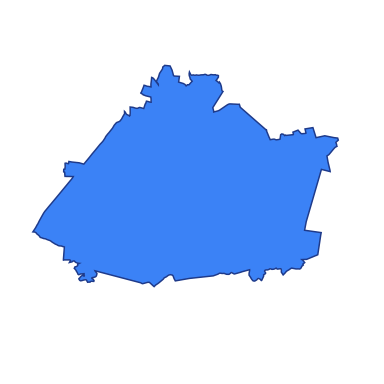 Damascus, Damascus, Syria, rotated 198°
{"feature_id": "27442178B22471987034404", "entity_name": "Damascus", "entity_type": "district", "adm_level": 2, "iso_a3": "SYR", "parent_name": "Syria", "parent_adm1": "Damascus", "projection": "orthographic", "projection_center": [36.287, 33.515], "detail": "fine", "context": "isolated", "style": "filled", "palette": "blue", "viewbox_px": 384, "rotation_deg": 198, "n_neighbors": 0, "source": "geoboundaries", "source_scale": "gbopen_adm2", "svg_char_len": 5965}
<svg xmlns="http://www.w3.org/2000/svg" viewBox="0 0 384 384"><g transform="rotate(198 192 192)"><path d="M187.0,106.7L185.2,106.9L184.8,106.8L184.1,106.4L182.2,104.0L180.4,102.3L167.8,109.0L145.9,118.8L141.9,121.9L141.0,123.0L140.4,123.4L139.7,123.6L138.2,123.8L136.4,124.5L135.8,124.5L133.8,124.4L131.7,125.0L131.3,125.2L130.5,126.3L130.0,127.3L129.9,127.4L129.6,127.6L129.4,127.6L126.7,127.1L126.2,127.2L120.5,131.0L120.4,131.2L113.2,135.9L113.0,135.4L112.9,134.9L112.6,132.4L112.2,131.1L111.9,130.4L110.6,129.5L108.5,127.6L107.6,127.0L106.5,126.4L105.3,126.5L104.6,126.9L104.0,127.6L103.4,128.3L103.2,128.6L102.8,129.7L102.3,130.2L101.8,130.3L100.9,130.3L100.0,130.0L99.4,129.7L99.0,129.3L98.7,129.2L98.4,129.5L97.9,133.6L97.9,134.3L98.3,135.5L97.1,136.8L96.9,137.7L98.5,139.1L98.5,139.9L97.5,140.8L96.0,141.3L94.8,142.2L94.2,143.0L93.3,143.2L92.3,143.1L90.9,143.6L89.5,144.5L88.5,145.6L87.8,145.2L86.8,145.1L86.0,145.5L85.0,146.0L84.1,146.4L83.4,146.2L82.8,145.2L82.3,143.4L79.7,141.3L78.5,143.6L77.7,145.7L76.9,146.7L75.3,148.5L74.6,149.6L73.7,150.4L69.2,151.0L67.3,151.7L65.9,152.0L65.1,152.7L64.7,153.9L64.7,155.3L64.2,155.8L63.6,156.9L64.3,157.7L63.0,159.7L65.2,161.1L66.6,161.7L62.1,163.4L54.4,170.0L54.0,170.2L54.0,170.3L53.0,171.2L56.2,190.4L56.6,193.3L73.1,190.4L74.2,199.1L75.9,253.5L66.9,254.1L67.6,255.5L71.9,262.5L74.8,268.0L73.6,269.5L73.2,270.2L70.7,276.5L69.9,278.3L69.5,278.9L68.2,280.3L68.9,281.1L69.1,281.8L70.5,283.6L70.4,283.9L68.9,286.5L70.1,288.3L73.7,287.6L83.1,286.5L90.8,282.0L96.9,290.6L104.0,286.9L101.9,283.4L101.8,283.1L102.0,282.9L105.4,281.4L106.1,281.3L106.8,281.5L110.3,283.6L114.5,280.1L113.4,278.3L113.4,278.0L113.5,277.8L119.7,275.0L120.1,274.9L120.5,275.1L121.3,274.3L122.7,275.1L124.5,275.0L125.4,273.9L124.6,269.5L125.6,268.8L128.1,267.6L129.4,267.7L130.1,267.7L130.7,267.5L131.6,267.1L133.8,265.9L133.9,266.0L134.7,267.0L135.6,267.9L140.4,273.6L140.2,273.9L140.5,274.2L140.8,274.0L172.3,287.5L174.1,290.1L174.8,289.8L176.2,289.4L183.2,287.5L184.1,287.0L185.2,286.0L186.9,283.8L190.9,278.6L191.3,278.1L192.5,277.1L196.1,274.8L196.5,275.9L197.8,277.9L198.3,278.6L193.6,297.2L194.3,297.3L195.0,297.9L195.3,298.5L196.4,300.8L196.9,301.7L198.5,303.9L198.8,304.1L199.9,305.0L200.1,304.1L201.6,304.8L203.6,305.5L203.1,306.8L202.4,309.4L202.9,310.9L204.1,310.9L204.3,310.8L205.1,310.6L206.0,310.8L207.6,310.1L210.3,309.6L210.8,309.2L211.2,308.8L211.8,308.3L212.5,308.0L213.8,307.7L214.7,308.0L215.8,308.0L216.1,307.9L217.2,307.1L219.8,306.1L221.4,305.2L222.5,304.9L224.0,304.7L224.3,304.5L224.6,304.3L225.1,304.0L225.9,303.8L226.8,303.8L227.6,303.4L228.6,302.9L229.0,303.0L229.3,303.1L231.5,305.3L231.3,303.7L230.7,302.1L230.4,301.6L229.3,300.2L228.6,298.9L226.1,297.4L228.0,293.1L229.0,292.7L229.5,292.6L230.4,291.1L231.9,292.1L233.6,292.5L238.7,292.4L239.7,298.1L244.7,296.8L245.6,297.1L248.6,301.7L251.8,305.1L257.1,304.0L258.1,302.2L258.4,301.9L258.1,299.9L259.5,294.8L259.4,290.7L260.1,286.1L257.4,284.2L257.2,283.6L261.7,286.8L263.7,288.1L264.6,288.4L265.3,288.5L265.8,288.5L265.1,285.5L264.5,282.3L264.0,280.6L263.7,280.1L263.5,279.2L265.3,279.1L267.4,278.7L268.2,278.7L269.1,278.8L270.6,278.7L270.6,277.0L271.0,271.1L271.3,270.3L271.2,270.2L268.2,269.5L268.2,269.3L267.6,269.3L267.7,269.0L267.5,269.3L265.6,269.2L260.6,269.6L259.7,267.9L258.9,265.5L258.6,264.8L259.2,264.6L259.5,264.5L261.9,264.5L263.4,264.3L263.4,261.7L263.7,261.3L263.7,256.5L267.6,256.3L268.2,256.1L269.4,255.0L269.8,254.7L270.4,254.5L271.6,254.3L274.2,254.3L277.1,253.7L275.5,249.0L275.0,247.4L274.8,246.2L274.6,245.7L275.0,244.9L275.7,245.3L277.6,245.5L278.3,245.7L278.8,246.0L280.3,247.4L281.1,247.8L280.8,246.9L280.5,246.2L280.4,245.9L280.4,245.4L281.1,242.3L281.5,239.7L282.1,238.1L282.4,237.3L283.1,236.4L285.0,234.9L285.3,234.5L285.6,233.9L286.6,231.5L287.3,228.2L289.4,222.6L290.0,221.3L290.2,220.8L291.2,218.0L291.3,216.9L291.7,215.3L292.3,213.1L292.9,211.6L294.2,208.9L297.1,201.4L298.6,197.8L300.1,193.7L303.5,185.1L308.4,184.9L315.5,183.4L318.5,183.0L318.2,180.8L318.3,180.7L319.3,180.6L320.7,180.6L321.1,180.4L321.6,180.1L321.5,179.8L320.4,176.8L320.2,175.5L319.9,174.5L320.0,174.4L320.9,174.1L321.0,174.0L320.3,171.5L320.1,171.4L319.4,171.5L319.2,171.4L318.3,169.2L317.6,167.6L309.7,170.0L310.1,168.1L319.5,144.3L323.3,134.9L326.0,128.1L326.6,126.0L327.6,121.1L328.3,117.4L328.8,113.9L329.1,113.0L329.7,109.7L331.0,104.9L329.3,105.3L327.8,105.1L326.7,104.3L326.1,104.0L325.6,103.9L323.8,103.1L323.1,102.6L322.6,102.1L322.1,102.0L321.6,101.9L320.9,102.0L318.4,101.9L317.5,102.1L317.0,102.2L315.3,102.0L312.0,101.9L311.4,101.8L309.2,101.0L308.2,100.8L305.9,100.2L304.3,100.1L303.1,99.8L302.5,99.7L301.4,99.8L299.5,100.3L298.2,100.2L296.4,100.3L293.4,87.9L293.2,87.5L292.4,88.0L287.4,89.6L287.0,89.6L286.8,89.5L286.5,89.1L286.4,89.1L286.8,87.1L284.5,88.5L283.7,89.7L282.5,90.0L281.7,89.5L280.7,89.1L278.6,89.0L277.2,89.3L277.8,88.7L278.4,88.3L278.4,87.8L278.0,86.9L278.1,86.5L278.5,85.9L278.8,85.5L280.0,84.7L280.3,84.3L280.2,83.4L280.4,83.1L278.2,81.7L277.8,81.5L277.5,80.9L276.9,80.4L276.6,80.3L276.2,80.0L275.2,78.7L274.8,78.5L274.3,78.3L273.5,78.8L272.7,79.6L272.3,79.9L271.7,79.9L270.7,80.4L270.5,80.6L269.4,81.0L269.2,80.5L269.2,80.0L268.7,79.3L268.5,79.0L268.7,78.6L268.9,78.6L269.9,79.2L270.6,78.6L271.4,77.7L271.9,76.6L272.4,75.2L272.8,74.8L272.6,74.2L272.0,73.7L271.5,73.3L270.6,73.1L269.5,73.6L267.8,74.8L266.5,75.5L265.7,75.7L265.2,75.6L264.7,75.3L264.4,74.8L263.8,74.3L263.4,73.9L262.6,74.3L261.1,74.8L260.6,75.7L259.9,76.1L257.8,76.6L257.7,77.3L258.3,77.9L259.1,78.5L260.3,78.7L260.7,79.1L260.7,79.4L260.0,80.0L258.9,80.5L257.5,81.6L257.1,82.4L257.0,83.5L257.2,85.1L259.5,86.7L259.9,87.1L212.9,89.8L211.3,89.5L210.9,89.5L210.5,89.6L206.4,92.3L205.4,92.7L204.6,92.9L202.8,92.1L200.0,90.8L198.8,90.3L197.8,92.3L197.4,92.8L196.2,94.3L195.3,95.6L193.7,98.1L192.3,100.4L192.2,100.9L192.0,101.4L191.8,101.9L190.1,103.5L189.1,105.0L188.7,105.5L188.0,106.1L187.0,106.7Z" fill="#3b82f6" stroke="#1e3a8a" stroke-width="1.5"/></g></svg>